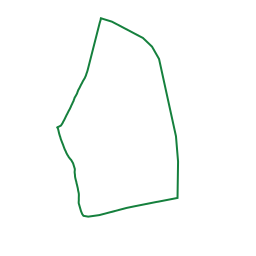 Al Wadi', Abyan, Yemen, rotated 287°
{"feature_id": "15242507B19618049480108", "entity_name": "Al Wadi'", "entity_type": "district", "adm_level": 2, "iso_a3": "YEM", "parent_name": "Yemen", "parent_adm1": "Abyan", "projection": "mercator", "projection_center": [46.038, 13.695], "detail": "fine", "context": "isolated", "style": "outline", "palette": "green", "viewbox_px": 256, "rotation_deg": 287, "n_neighbors": 0, "source": "geoboundaries", "source_scale": "gbopen_adm2", "svg_char_len": 1690}
<svg xmlns="http://www.w3.org/2000/svg" viewBox="0 0 256 256"><g transform="rotate(287 128 128)"><path d="M219.3,111.5L225.0,81.5L225.0,70.0L224.6,70.0L223.5,70.2L222.3,70.2L221.2,70.2L220.3,70.2L175.6,72.3L171.3,72.5L170.4,72.5L169.3,72.5L168.1,72.4L167.0,72.4L165.7,72.4L164.5,72.2L163.3,72.1L162.1,71.8L160.9,71.5L159.7,71.2L158.5,71.0L157.2,70.8L156.0,70.5L154.8,70.3L153.5,70.1L152.3,69.9L151.2,69.7L150.1,69.4L148.9,69.3L147.5,69.2L146.4,69.2L145.1,69.0L143.9,68.7L142.8,68.5L141.5,68.1L140.4,68.1L139.1,68.0L137.8,68.0L136.3,67.7L135.1,67.6L133.9,67.4L132.7,67.2L131.4,67.1L130.1,66.9L128.7,66.7L127.6,66.4L126.4,66.2L125.3,66.0L123.9,65.8L122.6,65.5L121.2,65.3L120.0,65.1L118.6,64.9L117.4,64.7L116.3,64.5L115.2,64.2L114.1,64.1L112.9,63.8L111.9,63.5L110.8,63.2L109.9,62.3L109.0,61.4L108.3,60.5L107.9,60.2L107.6,60.5L106.8,61.3L105.8,61.9L104.8,62.5L103.7,63.1L102.7,63.7L101.6,64.4L100.4,65.2L99.5,65.9L98.5,66.5L97.6,67.1L96.6,67.9L95.7,68.6L94.8,69.3L93.7,70.2L92.7,71.0L91.7,71.7L90.8,72.4L89.9,73.1L89.0,73.8L88.2,74.6L87.2,75.5L86.3,76.2L85.5,77.0L84.5,78.0L83.7,79.0L82.8,79.9L82.2,80.8L81.5,81.8L80.8,83.0L78.2,85.8L73.3,89.1L73.0,89.2L71.9,89.5L70.8,89.7L69.8,90.0L68.7,90.5L67.6,91.0L66.2,91.5L65.2,92.0L64.3,92.5L63.3,93.1L62.3,93.7L61.4,94.3L60.2,94.9L59.1,95.6L58.1,96.2L57.2,96.7L56.2,97.3L55.3,97.8L54.2,98.3L53.1,98.9L51.7,99.7L50.7,100.2L49.6,100.6L48.5,100.9L47.4,101.2L46.3,101.5L45.1,101.9L44.0,102.2L42.7,102.5L41.6,102.9L34.7,107.4L32.3,109.4L31.0,111.1L31.6,115.9L36.3,126.0L51.2,150.1L54.8,156.7L65.8,177.2L66.2,178.1L75.6,195.8L110.5,185.7L134.1,176.3L203.1,137.5L212.8,127.2L218.5,115.9L219.3,111.5Z" fill="none" stroke="#15803d" stroke-width="2"/></g></svg>